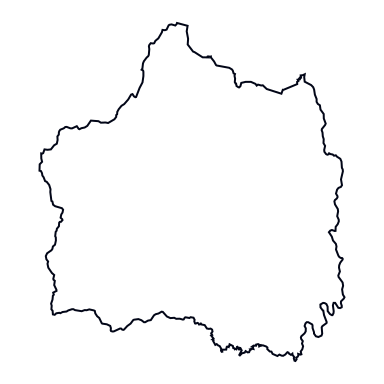 Cali, Valle del Cauca, Colombia
{"feature_id": "7082276B61798378462298", "entity_name": "Cali", "entity_type": "district", "adm_level": 2, "iso_a3": "COL", "parent_name": "Colombia", "parent_adm1": "Valle del Cauca", "projection": "albers", "projection_center": [-76.552, 3.411], "detail": "fine", "context": "isolated", "style": "outline", "palette": "ink", "viewbox_px": 384, "rotation_deg": 0, "n_neighbors": 0, "source": "geoboundaries", "source_scale": "gbopen_adm2", "svg_char_len": 5919}
<svg xmlns="http://www.w3.org/2000/svg" viewBox="0 0 384 384"><path d="M342.9,294.6L342.1,289.4L343.1,285.8L342.6,282.5L338.6,277.0L338.3,275.5L339.9,271.5L339.0,267.7L339.2,265.3L340.3,262.6L342.6,259.6L342.7,258.8L342.2,258.1L340.7,257.9L339.4,257.1L338.4,255.7L336.0,249.5L336.5,246.5L335.9,243.9L333.0,240.5L331.8,236.6L328.9,232.2L330.3,230.6L331.9,230.0L334.7,231.0L335.5,230.9L335.7,226.8L337.7,224.2L338.8,221.4L338.7,219.6L337.2,216.2L338.1,211.4L337.8,209.0L335.0,204.4L334.4,201.4L334.9,200.1L336.8,198.5L337.5,197.3L337.5,196.2L336.0,193.6L337.1,189.6L338.5,187.9L340.9,186.9L342.0,185.2L341.0,179.4L342.9,171.3L342.7,169.4L341.9,167.8L341.5,161.6L340.3,158.8L337.0,156.7L335.8,155.3L334.0,155.7L332.7,154.5L330.5,154.1L329.1,153.3L328.6,154.3L327.3,154.7L326.1,154.1L324.4,151.8L324.2,149.9L325.1,145.9L323.5,143.1L323.7,139.1L322.8,136.3L322.5,132.5L321.7,130.3L321.9,129.0L325.1,125.0L325.7,123.6L323.8,118.5L323.7,114.0L320.5,109.6L319.9,105.3L317.8,103.9L316.6,101.8L316.6,99.0L314.9,94.7L314.1,89.5L313.2,87.2L311.2,85.1L304.7,81.7L304.2,77.1L304.7,74.3L302.7,75.2L300.7,75.4L301.1,77.7L300.6,77.9L300.4,77.0L299.1,78.6L300.1,78.8L299.8,79.4L297.7,79.7L298.4,81.0L297.1,81.9L297.2,84.1L283.3,89.9L282.8,89.8L281.4,93.7L266.7,89.0L262.8,85.3L261.2,85.5L258.0,84.6L256.7,85.6L255.5,83.9L251.0,81.9L245.5,81.9L241.3,82.9L240.4,86.2L239.2,87.4L238.5,87.3L236.5,86.0L236.1,83.6L235.6,83.6L234.8,82.1L235.1,78.6L234.5,75.8L235.0,74.0L233.6,73.4L232.8,70.6L231.9,69.4L229.2,67.8L216.7,65.5L216.0,65.0L214.1,61.5L210.9,57.4L210.9,56.5L208.9,56.9L208.9,56.5L208.1,56.4L207.6,56.5L207.3,57.0L206.5,56.9L207.2,57.4L202.6,57.3L194.5,52.1L193.1,51.6L187.7,44.5L188.1,38.8L186.7,31.3L187.6,25.8L177.0,23.0L176.7,24.0L175.3,25.5L171.5,24.4L169.4,24.8L168.6,25.4L166.6,29.6L164.9,30.2L162.5,29.9L161.9,32.3L158.4,38.3L155.4,40.8L154.2,43.2L153.1,43.5L150.7,43.2L149.3,45.0L148.9,46.2L149.3,49.1L148.8,54.9L148.2,56.2L146.7,57.5L143.9,61.2L143.0,63.4L142.4,68.5L141.6,69.7L143.1,70.5L143.4,71.8L143.4,76.1L142.5,82.4L139.6,87.9L136.1,97.0L135.3,97.2L134.0,96.4L132.5,94.1L131.1,94.6L128.2,99.5L124.2,104.1L121.5,105.8L118.8,109.1L117.3,111.8L117.1,114.3L116.2,115.1L116.2,116.9L114.4,119.3L108.1,123.0L105.6,122.5L100.9,122.7L98.5,121.2L90.9,120.6L87.3,125.9L84.7,127.5L81.4,128.2L79.5,129.2L78.7,128.9L76.8,126.2L72.0,128.4L70.3,128.3L66.7,126.9L65.3,127.0L63.8,128.3L60.3,129.7L59.4,130.9L58.9,132.2L58.8,134.6L57.4,136.4L57.6,140.0L56.8,143.7L54.1,145.3L50.9,149.4L47.5,149.8L44.5,149.4L43.2,153.1L42.4,153.6L41.2,153.4L41.3,158.5L42.1,161.8L39.7,164.3L39.5,170.7L41.0,171.1L42.0,173.2L42.4,175.6L43.6,177.2L45.1,181.1L46.7,181.8L49.2,185.0L50.5,189.2L50.3,192.1L51.4,200.9L52.4,201.5L53.1,204.7L55.1,206.2L61.9,208.2L63.1,209.7L62.5,212.6L61.3,214.4L60.6,217.7L62.2,219.2L62.5,220.1L61.0,221.8L59.8,221.9L59.2,222.6L58.9,226.3L56.9,228.7L56.6,230.7L55.7,231.8L55.2,236.2L55.8,237.4L55.9,240.5L55.0,244.7L52.9,246.5L52.4,248.9L51.5,250.2L47.1,253.3L45.8,256.1L46.4,259.3L48.1,261.5L47.5,263.8L48.3,267.7L51.9,273.0L54.2,275.0L53.3,278.8L53.5,279.7L54.8,280.8L54.2,285.1L56.4,289.7L56.5,290.9L53.2,292.6L53.8,294.7L52.9,295.7L52.5,299.6L51.1,303.7L51.7,305.7L51.4,309.3L52.6,310.8L52.9,314.4L54.7,314.8L56.3,313.3L59.3,312.8L60.3,313.2L62.6,312.0L66.6,311.5L68.3,310.4L72.0,309.2L73.4,309.2L75.0,310.1L81.7,311.2L84.6,310.1L86.7,310.2L89.3,309.4L93.8,310.4L94.8,310.9L95.3,313.4L97.2,316.3L99.2,317.9L101.7,323.1L102.2,323.6L106.8,324.3L110.2,325.9L110.9,328.1L110.7,330.3L111.1,331.1L112.5,331.5L113.8,331.4L120.1,328.5L121.2,328.6L122.0,329.5L123.2,329.9L124.0,329.6L127.3,326.0L130.6,323.6L133.2,320.1L134.0,319.7L138.4,319.1L141.4,320.2L144.0,322.2L145.2,322.2L148.0,320.6L150.8,320.1L154.0,315.3L155.7,314.2L158.5,313.5L161.6,311.7L162.8,311.9L166.9,316.5L170.4,318.1L174.2,317.8L176.2,318.8L179.7,318.7L182.9,319.6L183.7,319.4L184.8,317.6L185.6,317.3L189.4,318.0L190.6,317.2L193.5,317.7L194.6,319.8L194.3,321.3L195.0,323.4L195.7,323.6L197.4,322.9L198.5,323.4L199.0,324.5L200.3,324.3L200.9,323.6L201.6,324.5L204.7,325.1L206.9,328.5L208.9,328.9L210.6,328.6L212.1,329.6L212.5,331.6L211.2,333.3L212.2,335.0L211.1,335.5L213.5,338.5L212.6,339.3L213.4,339.4L213.6,340.3L213.1,340.9L215.3,344.9L216.7,344.1L218.1,345.4L219.7,346.1L221.2,348.7L221.0,350.7L221.7,351.8L222.3,351.7L222.1,349.7L226.2,349.6L226.7,347.0L227.1,346.6L228.5,347.0L228.4,346.4L228.8,346.1L228.4,345.9L229.2,346.0L229.6,344.3L232.9,346.0L233.3,348.1L234.4,348.3L234.8,349.2L235.4,348.8L236.4,349.3L237.1,347.4L237.0,346.1L239.0,349.5L240.2,349.4L239.9,347.9L240.4,348.0L241.7,350.4L239.3,354.9L239.9,355.4L242.0,353.3L244.7,352.6L245.6,351.1L247.7,352.4L249.1,352.2L249.9,350.3L251.2,349.4L250.7,349.1L252.0,348.7L253.4,349.0L252.9,347.6L253.2,346.8L252.2,346.6L253.6,345.6L256.0,345.7L256.1,344.6L258.1,344.1L258.9,344.5L259.2,346.4L259.9,346.0L259.7,345.1L260.9,345.0L261.2,345.7L262.8,345.3L266.2,346.5L267.4,347.5L267.3,349.1L269.8,351.5L271.4,351.6L272.6,353.9L277.4,356.0L279.4,354.6L281.5,355.6L283.1,355.8L285.2,354.6L287.4,352.2L288.5,352.6L289.0,353.6L291.0,354.9L292.4,353.7L292.6,355.0L294.1,356.9L293.8,358.3L294.5,360.7L295.4,361.0L296.6,359.3L296.2,357.6L297.6,356.8L298.4,355.4L298.2,353.9L300.5,354.6L301.4,354.3L300.7,351.5L302.3,349.3L303.1,346.2L302.0,343.6L302.8,341.1L301.2,339.0L300.9,337.4L301.3,336.3L304.5,333.4L305.7,331.4L305.8,328.3L304.6,326.0L305.5,323.4L306.7,322.2L308.2,322.2L312.1,324.4L312.5,325.2L312.6,328.1L314.0,332.2L314.0,333.6L315.9,336.3L318.4,337.0L321.5,335.6L322.2,333.6L321.7,327.3L322.4,326.1L326.5,323.1L326.7,322.1L324.0,315.0L323.3,310.6L322.8,310.5L320.5,307.4L320.4,304.5L323.1,302.9L324.7,303.1L326.4,304.1L327.6,306.6L327.7,311.1L329.9,314.0L331.7,315.1L332.5,315.1L333.5,313.2L333.7,311.2L332.9,305.4L333.6,302.9L335.2,302.9L338.3,307.8L340.0,308.1L341.7,307.3L341.8,305.9L340.9,303.2L341.0,301.4L343.8,298.6L344.5,297.2L342.9,294.6Z" fill="none" stroke="#020617" stroke-width="2"/></svg>